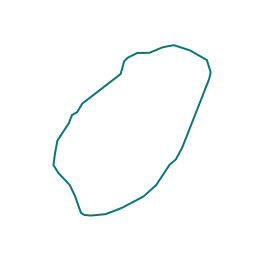 Onou, Federated States of Micronesia (Robinson projection), rotated 117°
{"feature_id": "79324940B32817940895565", "entity_name": "Onou", "entity_type": "district", "adm_level": 2, "iso_a3": "FSM", "parent_name": "Federated States of Micronesia", "parent_adm1": "", "projection": "robinson", "projection_center": [150.292, 8.798], "detail": "fine", "context": "isolated", "style": "outline", "palette": "teal", "viewbox_px": 256, "rotation_deg": 117, "n_neighbors": 0, "source": "geoboundaries", "source_scale": "gbopen_adm2", "svg_char_len": 538}
<svg xmlns="http://www.w3.org/2000/svg" viewBox="0 0 256 256"><g transform="rotate(117 128 128)"><path d="M31.7,88.5L30.7,107.9L33.4,124.8L40.0,133.4L51.4,143.2L57.0,153.9L65.4,160.1L70.2,161.7L83.3,159.1L126.9,179.8L136.8,180.5L141.9,183.8L150.7,182.9L171.2,185.2L184.0,181.4L194.9,177.6L199.6,169.7L205.3,154.0L212.6,144.4L224.9,131.5L225.3,127.4L223.0,121.6L214.9,108.8L201.7,97.0L181.9,83.1L166.1,77.0L142.0,74.3L134.3,71.1L121.1,70.8L93.0,73.5L47.0,78.0L40.8,79.7L31.7,88.5Z" fill="none" stroke="#0f766e" stroke-width="2"/></g></svg>